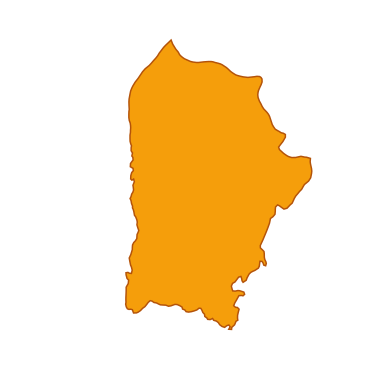 Paranapanema, São Paulo, Brazil (Equal Earth projection), rotated 31°
{"feature_id": "56859067B66174710911505", "entity_name": "Paranapanema", "entity_type": "district", "adm_level": 2, "iso_a3": "BRA", "parent_name": "Brazil", "parent_adm1": "São Paulo", "projection": "equal_earth", "projection_center": [-48.774, -23.455], "detail": "fine", "context": "isolated", "style": "filled", "palette": "amber", "viewbox_px": 384, "rotation_deg": 31, "n_neighbors": 0, "source": "geoboundaries", "source_scale": "gbopen_adm2", "svg_char_len": 3915}
<svg xmlns="http://www.w3.org/2000/svg" viewBox="0 0 384 384"><g transform="rotate(31 192 192)"><path d="M276.2,102.2L272.3,103.2L270.5,104.1L268.7,104.7L267.0,105.3L263.0,109.1L259.7,111.1L257.5,111.7L255.5,112.0L252.8,111.9L250.5,111.7L245.1,110.6L243.1,108.9L243.4,106.0L243.9,101.9L243.8,96.9L242.4,94.6L240.0,94.6L237.9,95.3L235.6,95.2L233.8,95.3L231.0,95.3L228.7,94.3L226.1,92.9L219.6,87.3L217.5,86.0L215.2,85.1L210.6,83.8L208.0,82.5L205.3,80.7L203.0,79.4L200.0,77.0L198.3,74.8L197.3,72.6L196.7,70.6L196.2,66.9L196.0,64.6L195.4,61.6L193.8,59.1L192.2,58.3L190.5,58.2L188.1,59.4L186.2,61.0L180.9,65.0L176.7,66.9L173.5,68.0L170.6,68.8L169.0,69.1L165.3,69.0L163.1,68.8L159.1,67.9L157.3,67.6L154.7,67.5L152.1,67.4L150.3,67.6L148.3,68.1L145.1,69.1L143.0,69.6L141.3,70.3L139.4,71.4L137.9,72.4L134.8,74.6L130.8,77.7L129.3,78.6L125.9,80.1L123.4,80.9L119.3,81.4L116.9,81.7L114.4,81.5L112.1,81.1L110.5,80.6L108.2,79.2L104.5,77.9L99.3,75.2L95.8,72.5L95.2,74.8L93.8,79.9L93.2,82.6L92.9,85.2L92.4,89.8L92.4,93.0L92.1,95.5L91.3,99.6L90.9,102.1L90.2,105.5L88.4,110.5L87.7,114.4L87.3,122.3L86.7,127.1L86.7,131.7L86.9,134.1L87.4,137.1L88.7,140.7L90.2,144.7L91.5,147.2L93.6,150.5L95.7,153.6L96.5,155.5L97.9,158.0L99.6,160.8L101.5,163.1L103.5,164.7L105.2,166.8L106.4,168.6L107.4,170.6L108.5,172.5L109.6,175.2L111.2,177.9L112.8,180.4L114.7,182.3L116.3,183.5L117.0,185.3L118.6,188.0L120.9,189.2L121.9,192.1L123.5,192.8L125.0,194.9L124.6,199.2L126.1,202.1L129.3,202.1L130.7,203.9L130.3,206.4L131.1,209.4L132.7,212.4L134.4,212.8L135.3,211.0L137.3,212.9L137.9,216.6L139.3,218.3L140.9,220.4L141.4,222.6L141.4,225.0L142.1,227.3L142.3,229.5L144.1,230.7L146.1,233.0L148.3,234.7L149.2,236.3L150.6,237.2L152.2,238.7L154.7,241.6L156.5,242.3L159.2,244.4L160.6,246.0L161.7,248.5L163.9,250.5L166.2,252.4L166.6,254.6L166.8,256.7L168.7,260.4L168.6,263.2L168.1,265.3L168.3,268.0L169.5,270.4L170.5,272.1L171.8,277.2L172.2,280.9L174.0,283.0L176.9,286.2L178.7,287.5L181.0,289.8L182.0,293.0L180.1,293.9L178.5,293.9L177.0,295.2L178.2,297.0L180.9,299.6L183.0,300.1L184.5,303.3L184.6,307.5L186.0,309.8L187.2,311.9L189.7,316.5L191.0,318.7L192.2,320.5L192.9,322.3L194.8,324.3L196.8,325.4L198.4,325.1L199.9,324.0L201.5,323.6L204.2,325.8L206.6,324.3L207.7,322.8L208.9,320.2L209.6,317.1L210.7,314.5L211.1,311.6L211.3,309.3L212.1,306.7L213.9,306.1L216.3,306.3L218.7,305.4L221.4,305.2L223.0,305.0L225.4,303.8L227.8,302.5L230.7,302.0L232.5,300.5L235.3,297.1L237.3,296.1L240.3,295.7L242.8,295.8L244.2,297.2L246.5,296.8L248.6,297.6L250.9,296.7L253.1,294.9L255.0,292.9L256.9,290.6L257.9,287.9L259.5,287.2L261.2,288.1L263.4,289.7L265.6,290.3L267.1,292.1L269.6,292.3L271.0,293.1L273.3,292.0L274.8,289.8L276.6,290.8L279.4,290.1L281.9,290.4L284.1,291.5L287.0,291.8L289.7,291.2L290.7,288.6L292.1,287.0L294.1,287.9L294.2,290.7L296.7,289.4L295.8,287.6L296.9,283.9L296.3,280.1L297.3,278.3L296.0,276.7L294.6,274.3L293.6,271.3L292.7,268.2L290.4,267.6L288.7,268.4L286.3,268.0L285.8,264.9L285.8,262.1L285.6,256.7L287.7,255.2L289.2,254.7L289.8,252.6L288.0,251.1L285.7,251.6L283.6,252.1L282.0,252.9L280.1,254.7L277.8,255.8L275.8,254.0L274.2,252.4L273.8,249.5L275.2,246.9L275.8,241.0L277.4,239.2L278.9,240.4L280.7,242.4L282.3,243.1L283.9,239.8L283.4,237.1L283.2,233.0L283.8,230.6L285.0,228.6L286.3,226.8L287.2,224.9L288.1,223.1L287.9,220.9L285.9,216.4L287.7,215.4L289.4,216.2L291.2,217.7L293.1,217.3L292.5,215.0L291.2,213.7L289.2,212.4L287.7,210.8L285.6,207.5L284.3,205.9L282.1,205.3L279.4,204.7L278.1,202.7L277.4,196.3L276.1,187.5L275.3,182.9L274.5,178.9L272.9,174.3L274.1,171.5L274.6,168.4L273.3,165.6L272.3,163.9L271.3,161.8L272.0,159.0L274.0,158.8L275.7,159.0L279.6,159.3L281.8,157.0L282.8,152.4L283.6,150.0L283.3,147.1L283.0,144.7L283.0,141.9L283.5,139.0L283.9,136.1L284.6,133.3L284.5,130.3L284.5,127.7L286.3,122.6L286.4,118.7L284.9,114.5L283.9,112.4L282.4,110.4L280.4,108.3L279.1,106.9L277.7,105.2L276.2,102.2Z" fill="#f59e0b" stroke="#b45309" stroke-width="1.5"/></g></svg>